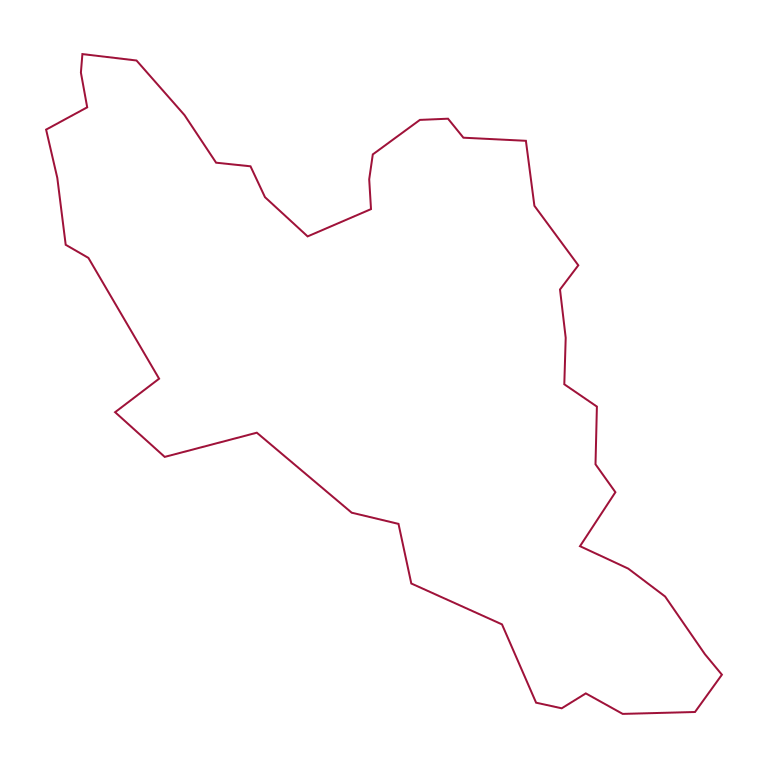 Përmet, Gjirokastër, Albania
{"feature_id": "67620474B23103740146981", "entity_name": "Përmet", "entity_type": "district", "adm_level": 2, "iso_a3": "ALB", "parent_name": "Albania", "parent_adm1": "Gjirokastër", "projection": "equal_earth", "projection_center": [20.353, 40.273], "detail": "fine", "context": "isolated", "style": "outline", "palette": "rose", "viewbox_px": 768, "rotation_deg": 0, "n_neighbors": 0, "source": "geoboundaries", "source_scale": "gbopen_adm2", "svg_char_len": 679}
<svg xmlns="http://www.w3.org/2000/svg" viewBox="0 0 768 768"><path d="M80.9,72.6L87.2,107.3L46.1,129.6L57.3,177.9L65.7,244.8L88.4,257.9L159.1,378.7L115.1,412.2L164.7,456.9L256.8,432.7L351.7,512.7L398.5,523.9L411.3,583.5L502.0,624.4L536.1,702.7L561.7,708.3L585.8,693.4L622.7,713.9L695.0,712.0L721.9,674.7L704.9,654.2L665.1,596.5L628.2,568.6L580.0,546.2L615.4,492.2L595.5,464.3L596.9,406.6L564.3,384.3L565.7,337.8L560.0,289.5L578.3,265.3L534.4,205.8L525.9,140.8L463.4,137.7L448.0,118.7L419.9,119.9L372.8,154.4L369.2,179.3L371.0,209.1L307.6,236.4L265.0,197.2L250.5,166.3L216.1,162.7L184.5,115.1L136.5,60.5L82.4,54.1L80.9,72.6Z" fill="none" stroke="#9f1239" stroke-width="2"/></svg>